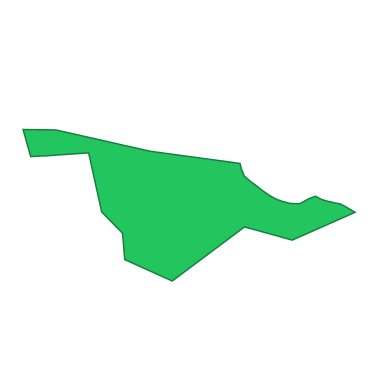 the district of Lagoinha do Piauí, Piauí, Brazil, rotated 82°
{"feature_id": "56859067B7695377468194", "entity_name": "Lagoinha do Piauí", "entity_type": "district", "adm_level": 2, "iso_a3": "BRA", "parent_name": "Brazil", "parent_adm1": "Piauí", "projection": "orthographic", "projection_center": [-42.63, -5.813], "detail": "fine", "context": "isolated", "style": "filled", "palette": "green", "viewbox_px": 384, "rotation_deg": 82, "n_neighbors": 0, "source": "geoboundaries", "source_scale": "gbopen_adm2", "svg_char_len": 579}
<svg xmlns="http://www.w3.org/2000/svg" viewBox="0 0 384 384"><g transform="rotate(82 192 192)"><path d="M145.7,228.2L111.6,318.2L106.6,350.6L134.5,346.8L135.3,336.9L136.0,331.0L136.4,323.0L138.9,288.9L199.2,284.2L223.3,266.5L249.6,268.0L277.4,224.0L233.9,144.9L250.5,106.5L253.6,99.6L234.8,33.4L229.0,40.6L224.6,46.5L222.2,53.4L220.1,58.8L217.5,64.7L213.4,70.3L214.9,77.3L218.7,87.2L216.9,96.6L213.7,104.1L210.8,109.7L206.5,115.4L199.7,122.8L194.7,127.4L189.6,132.7L183.5,138.0L176.3,139.8L170.4,140.5L145.7,228.2Z" fill="#22c55e" stroke="#15803d" stroke-width="1.5"/></g></svg>